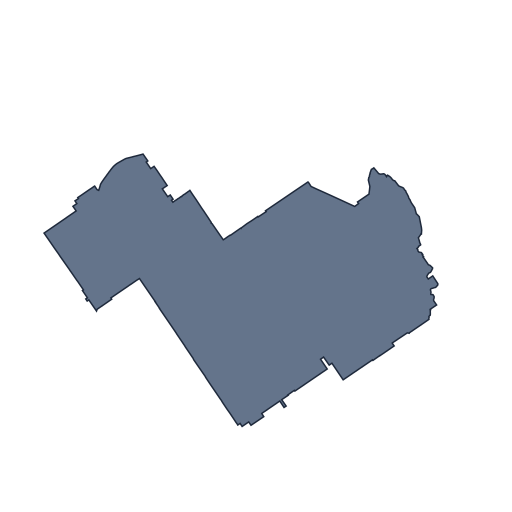 the district of Coolamon, New South Wales, Australia, rotated 317°
{"feature_id": "25037944B40233060499011", "entity_name": "Coolamon", "entity_type": "district", "adm_level": 2, "iso_a3": "AUS", "parent_name": "Australia", "parent_adm1": "New South Wales", "projection": "robinson", "projection_center": [147.189, -34.6], "detail": "fine", "context": "isolated", "style": "filled", "palette": "slate", "viewbox_px": 512, "rotation_deg": 317, "n_neighbors": 0, "source": "geoboundaries", "source_scale": "gbopen_adm2", "svg_char_len": 5760}
<svg xmlns="http://www.w3.org/2000/svg" viewBox="0 0 512 512"><g transform="rotate(317 256 256)"><path d="M115.7,101.0L115.2,104.4L114.6,108.4L113.9,113.1L113.2,118.3L113.0,119.9L112.5,122.7L110.3,138.7L110.1,139.6L109.8,142.0L108.4,151.4L108.3,152.2L108.3,152.7L108.0,154.6L106.9,161.8L106.7,163.1L105.5,162.9L104.2,171.6L102.2,171.3L101.8,173.8L103.8,174.1L101.8,187.5L102.0,187.4L102.8,187.0L103.3,186.7L103.5,186.6L111.5,187.8L121.0,189.2L121.3,187.7L137.8,190.2L141.7,190.8L144.3,191.1L144.8,191.2L144.8,191.3L151.7,192.3L155.4,193.0L154.1,201.5L151.2,220.8L151.0,220.7L149.8,228.5L149.6,228.5L145.8,253.4L145.0,258.5L144.9,258.6L143.0,270.7L142.9,271.1L142.9,271.3L142.9,271.5L142.8,271.8L142.7,272.9L142.4,273.8L140.4,286.7L140.3,287.4L140.2,288.0L139.9,288.8L139.7,289.3L136.7,309.7L136.5,310.1L136.4,310.5L135.2,317.8L132.4,336.1L132.1,338.6L131.9,339.0L131.5,341.2L130.3,348.6L129.7,353.2L129.1,356.9L128.6,360.0L128.3,361.8L127.9,364.1L127.7,365.9L127.4,367.2L130.2,367.6L129.6,371.2L137.5,372.4L136.9,376.4L152.1,378.8L152.8,375.1L153.1,375.1L174.5,378.3L173.2,385.9L175.7,386.3L176.8,378.6L184.6,379.8L184.6,379.3L192.4,380.4L192.3,381.3L205.5,383.3L231.0,387.2L232.8,375.5L236.5,376.0L235.1,385.7L238.4,386.2L235.3,406.0L247.8,407.9L270.4,411.4L270.3,412.1L278.1,413.2L278.4,413.2L278.4,413.4L295.7,416.0L296.2,412.6L296.3,412.5L314.2,415.4L315.3,416.9L315.5,416.7L330.5,419.0L335.9,419.8L339.3,420.3L339.8,419.5L340.7,419.0L341.0,418.3L342.4,417.9L342.8,418.2L343.7,417.6L346.5,414.5L346.6,414.3L347.0,414.4L347.1,413.8L354.7,415.0L355.4,410.1L355.7,409.5L355.8,409.4L356.0,409.2L356.3,408.9L356.6,408.7L357.4,408.3L358.1,407.7L358.5,407.3L358.7,406.9L358.8,406.4L359.0,405.3L359.1,405.0L359.0,404.8L358.8,404.6L358.6,404.4L358.1,403.9L357.9,403.7L357.7,403.5L357.8,403.3L357.8,403.1L358.5,402.4L358.9,402.2L359.1,402.0L360.0,400.8L360.1,400.4L360.2,400.1L360.4,399.8L360.7,399.5L361.1,399.4L361.5,399.3L361.8,399.4L362.1,399.5L362.5,399.6L362.9,399.9L363.5,400.2L364.5,400.6L364.8,400.8L365.8,401.4L367.4,401.5L368.1,401.2L369.2,401.2L370.1,400.3L371.7,391.1L366.3,390.3L366.7,387.8L366.9,387.6L367.1,387.4L367.6,387.2L367.8,387.1L368.3,386.9L368.6,386.8L369.6,386.6L370.1,386.5L370.4,386.4L370.6,386.4L371.2,386.5L371.7,386.7L372.2,386.9L372.3,386.9L372.7,386.9L374.8,386.3L375.5,385.9L376.3,385.8L377.1,385.1L376.9,381.6L376.2,380.1L376.1,379.8L376.3,378.9L377.4,371.5L377.4,370.7L378.1,370.8L378.4,368.5L379.0,368.6L379.3,366.3L377.8,364.2L377.9,362.7L378.8,361.5L378.7,360.3L380.9,360.2L381.5,359.8L383.9,360.2L384.2,360.0L385.0,357.6L385.6,356.7L387.2,353.4L387.3,353.4L391.7,352.5L391.8,352.4L392.0,352.7L394.8,350.1L396.3,348.1L398.6,344.4L402.2,338.6L402.2,335.3L402.0,334.6L405.0,328.9L405.9,323.0L406.6,320.8L406.9,320.3L407.2,318.0L408.1,316.3L408.3,315.4L408.8,313.8L409.2,311.9L409.9,310.5L409.8,308.9L410.2,307.0L409.9,305.9L408.4,302.7L408.2,301.7L408.8,295.6L408.5,295.2L408.1,294.6L408.1,294.3L407.9,293.6L407.9,293.3L407.9,292.9L407.9,292.6L408.0,292.2L408.1,291.9L408.1,291.6L408.1,291.1L408.1,290.4L408.1,290.0L408.0,289.7L408.0,288.9L407.9,288.6L407.8,288.3L407.6,287.6L407.5,287.1L407.4,286.6L407.1,286.5L406.9,286.5L405.6,287.0L405.9,284.7L405.9,284.3L405.9,284.1L405.8,283.8L405.8,283.6L405.7,283.4L405.6,283.2L405.4,282.9L405.2,282.7L404.7,282.4L404.0,281.9L403.3,281.4L403.0,281.2L402.8,281.0L402.7,280.8L402.5,280.5L402.2,280.0L402.2,279.9L402.0,279.6L401.9,279.2L402.0,278.0L402.3,271.9L400.9,271.7L400.9,271.8L399.5,271.3L395.8,273.2L395.8,273.4L395.8,273.5L394.6,274.1L394.3,274.2L394.0,274.4L393.1,275.3L392.9,275.4L392.4,275.4L392.1,275.5L391.9,275.6L390.5,276.7L390.2,276.9L390.0,277.0L387.9,280.7L386.7,282.8L384.5,284.7L384.4,284.8L380.9,287.7L380.8,287.8L367.1,285.7L366.8,287.6L362.0,287.1L355.9,272.2L352.2,263.2L348.7,254.8L346.0,248.4L343.7,242.7L344.5,238.4L344.5,237.3L329.3,234.9L322.8,233.9L293.8,229.4L293.7,230.5L284.2,228.9L284.3,228.3L282.2,228.0L276.9,227.2L271.6,226.2L265.0,225.5L264.1,225.4L264.0,225.5L263.9,225.2L257.7,224.3L252.6,223.6L251.4,223.4L251.3,223.1L248.3,222.6L244.5,222.1L243.1,221.8L243.3,220.6L243.8,216.8L244.2,214.1L245.5,205.3L245.5,205.2L245.7,203.8L245.9,202.4L245.9,202.2L245.8,201.9L245.6,201.4L245.8,201.2L246.0,201.1L246.2,200.8L246.8,197.2L246.8,196.9L247.0,196.5L247.0,196.3L248.1,189.5L248.5,187.2L248.6,186.3L248.9,184.2L249.9,178.4L250.6,174.3L251.7,167.0L252.4,162.9L252.0,162.9L251.9,162.9L251.3,162.8L251.0,162.8L250.6,162.7L250.2,162.6L249.6,162.6L249.0,162.5L248.1,162.4L247.0,162.2L246.3,162.2L245.2,161.9L244.8,161.8L244.5,161.8L244.1,161.8L243.7,161.7L243.1,161.6L242.5,161.8L242.3,161.9L242.1,161.9L241.7,161.5L241.4,161.4L240.8,161.3L240.0,161.3L239.6,161.2L238.8,161.1L238.2,160.9L237.5,160.8L236.2,160.7L235.1,160.4L234.7,160.4L234.4,160.3L231.9,160.0L232.2,157.6L234.1,157.9L234.9,152.9L231.9,152.4L233.3,143.0L239.1,143.9L240.3,136.3L240.5,135.4L241.1,131.1L241.9,126.1L242.6,120.9L238.6,120.3L239.8,112.4L241.7,112.7L242.9,104.4L241.1,103.5L236.1,100.8L234.4,99.8L232.8,99.0L227.8,96.2L227.1,95.9L225.8,95.5L218.7,93.8L217.2,93.5L216.2,93.4L214.5,93.3L213.4,93.3L212.6,93.3L212.0,93.4L209.6,93.7L206.9,94.2L205.4,94.4L204.3,94.7L202.9,94.9L200.6,95.4L197.8,95.9L195.5,96.4L195.1,96.5L193.6,96.8L193.0,97.0L192.5,97.1L192.0,97.3L191.5,97.4L191.1,97.6L190.7,97.8L189.5,98.6L187.2,99.9L185.7,100.7L185.0,99.1L185.7,94.8L185.4,94.7L185.0,94.7L184.6,94.6L184.2,94.5L183.9,94.5L183.5,94.5L183.0,94.4L181.6,94.2L181.2,94.1L180.8,94.1L180.5,94.0L180.1,93.9L179.4,93.8L178.7,93.7L178.4,93.6L178.0,93.6L176.1,93.3L173.3,92.9L169.2,92.3L165.5,91.7L165.3,92.9L161.2,92.2L160.7,95.5L156.0,94.8L155.2,100.4L143.2,98.6L142.8,98.6L140.9,98.3L132.8,97.1L116.6,94.7L116.4,96.3L116.0,98.8L115.7,101.0Z" fill="#64748b" stroke="#1e293b" stroke-width="1.5"/></g></svg>